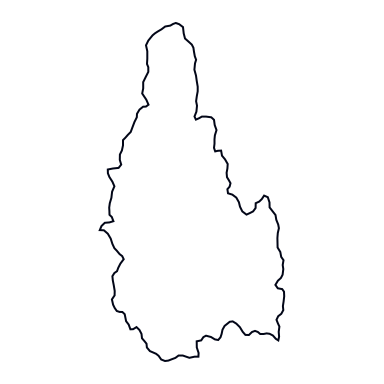 Nova Era, Minas Gerais, Brazil (Equal Earth projection)
{"feature_id": "56859067B46168971865721", "entity_name": "Nova Era", "entity_type": "district", "adm_level": 2, "iso_a3": "BRA", "parent_name": "Brazil", "parent_adm1": "Minas Gerais", "projection": "equal_earth", "projection_center": [-43.01, -19.695], "detail": "fine", "context": "isolated", "style": "outline", "palette": "ink", "viewbox_px": 384, "rotation_deg": 0, "n_neighbors": 0, "source": "geoboundaries", "source_scale": "gbopen_adm2", "svg_char_len": 2906}
<svg xmlns="http://www.w3.org/2000/svg" viewBox="0 0 384 384"><path d="M157.6,31.6L155.0,33.3L152.6,35.3L150.4,38.0L148.3,40.6L146.0,45.3L147.3,51.2L147.3,58.7L147.0,64.0L148.3,67.2L148.3,71.9L145.8,76.8L143.2,82.1L143.2,88.4L142.2,93.5L144.1,96.4L146.3,99.7L148.5,104.7L145.9,106.6L143.1,106.7L139.5,109.6L137.0,113.8L136.8,117.3L134.5,121.9L132.5,127.2L130.7,132.0L128.0,134.7L125.2,137.9L123.0,140.1L123.0,145.4L121.9,150.5L119.9,154.5L119.8,159.9L121.2,164.6L118.6,167.9L112.9,168.5L107.8,169.5L107.9,173.3L109.4,177.0L112.4,181.7L114.4,186.3L112.1,191.7L111.4,197.8L109.8,203.2L109.2,207.6L109.4,211.1L109.5,214.8L111.8,217.0L113.4,221.2L109.5,222.4L104.8,222.8L101.5,226.0L99.8,230.1L103.9,230.3L107.8,233.7L110.7,238.6L112.4,243.9L114.4,248.2L116.7,250.6L119.6,254.1L122.2,256.1L123.7,259.2L120.4,263.6L118.3,267.7L117.0,271.2L114.4,273.0L112.4,276.2L112.8,280.3L113.8,285.5L114.7,291.0L114.6,295.4L111.9,299.4L113.1,304.7L114.7,308.0L116.8,311.0L119.5,311.9L122.4,312.0L124.7,314.2L126.1,321.2L128.7,324.6L130.4,329.3L133.1,329.2L136.5,327.1L139.4,329.9L141.5,333.9L142.0,338.3L144.5,341.2L146.5,343.7L146.9,347.5L149.9,351.1L153.4,352.6L156.1,353.8L158.6,355.8L161.2,359.5L165.0,361.0L168.3,360.6L171.9,359.2L175.4,357.9L178.6,355.5L182.7,355.5L189.4,357.8L194.5,356.7L198.4,356.7L198.6,353.0L196.8,347.5L196.7,341.3L201.2,340.4L203.4,337.1L206.0,335.7L211.0,337.0L214.9,339.4L218.2,340.0L220.5,337.3L221.6,334.0L222.5,329.7L224.6,325.9L227.5,323.6L229.7,321.8L232.7,321.4L236.3,323.6L239.9,327.2L242.7,331.8L245.4,334.9L248.9,335.0L252.0,332.0L255.0,330.9L257.9,332.0L260.2,334.0L263.6,334.0L266.6,333.4L269.6,333.8L272.9,335.5L275.8,338.8L278.3,340.4L279.1,336.7L278.7,331.8L279.4,326.6L277.8,323.1L276.5,319.8L278.2,316.2L281.3,313.8L283.3,310.1L282.9,306.1L283.6,301.5L284.2,296.3L284.0,291.7L282.2,289.1L277.8,288.3L275.4,284.9L277.9,280.7L280.9,278.0L282.6,274.7L283.3,269.1L282.7,265.0L283.5,260.2L281.2,256.9L280.3,252.0L277.6,247.5L277.5,242.7L277.4,238.1L277.8,233.0L278.9,228.2L278.2,224.5L276.3,219.8L275.5,215.0L272.3,210.9L269.6,207.4L269.5,202.4L267.8,197.2L264.1,195.6L261.8,199.1L259.2,201.6L255.7,203.2L255.6,208.0L253.1,211.4L250.0,213.0L246.5,214.6L242.3,211.4L240.0,206.7L238.9,202.2L236.3,197.6L232.3,194.6L228.0,193.3L227.4,189.2L229.6,186.7L230.5,183.2L228.9,180.3L227.0,177.2L226.6,172.8L227.4,168.5L227.7,164.0L225.0,159.3L222.0,155.7L221.1,150.6L217.8,150.8L215.2,151.4L214.0,147.9L214.5,143.8L214.5,139.2L214.9,135.3L216.5,130.1L214.7,125.0L214.0,119.8L211.3,117.3L206.1,116.6L201.9,116.6L198.9,118.3L195.9,119.6L194.5,116.5L196.4,111.7L197.0,105.7L196.1,101.2L196.8,96.2L197.7,91.3L197.7,86.7L196.7,80.7L196.0,75.6L194.4,69.7L195.0,63.4L196.1,59.8L194.8,56.2L194.0,51.8L193.4,47.7L191.8,44.6L188.4,41.5L185.0,38.5L183.7,33.4L183.0,27.1L179.2,24.2L175.7,23.0L173.2,23.9L170.3,25.6L165.2,26.5L161.5,29.3L157.6,31.6Z" fill="none" stroke="#020617" stroke-width="2"/></svg>